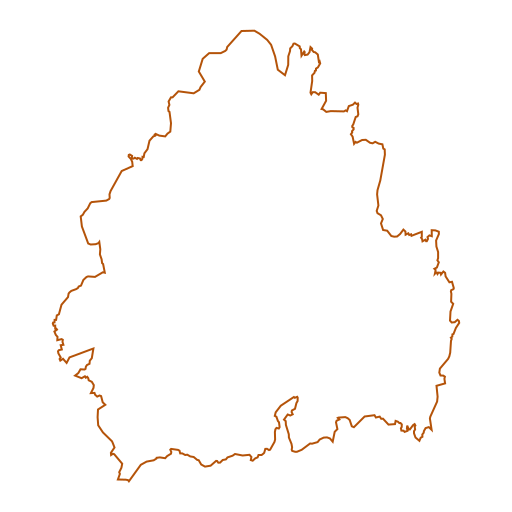 Jesús María, Jalisco, Mexico (Equal Earth projection)
{"feature_id": "50627088B74441524279914", "entity_name": "Jesús María", "entity_type": "district", "adm_level": 2, "iso_a3": "MEX", "parent_name": "Mexico", "parent_adm1": "Jalisco", "projection": "equal_earth", "projection_center": [-102.134, 20.649], "detail": "fine", "context": "isolated", "style": "outline", "palette": "amber", "viewbox_px": 512, "rotation_deg": 0, "n_neighbors": 0, "source": "geoboundaries", "source_scale": "gbopen_adm2", "svg_char_len": 5967}
<svg xmlns="http://www.w3.org/2000/svg" viewBox="0 0 512 512"><path d="M293.5,43.7L292.4,46.2L290.2,48.4L290.0,51.1L288.3,56.3L288.2,64.9L285.0,75.2L277.8,69.7L275.1,56.4L271.1,44.8L267.2,39.9L259.5,33.7L254.4,30.7L241.5,31.0L227.2,47.0L226.6,49.6L225.3,50.9L220.8,53.1L209.2,53.1L202.7,58.8L198.8,71.5L204.8,81.6L200.6,87.0L199.4,89.8L193.7,93.3L178.4,91.3L172.6,97.3L171.0,97.3L168.6,101.5L169.4,104.9L168.1,107.7L168.3,109.6L168.5,111.1L169.5,111.9L171.0,123.2L170.3,131.6L167.5,133.6L165.2,136.4L159.3,135.6L156.5,134.3L156.0,134.9L155.5,134.0L154.6,134.6L154.7,135.9L153.3,136.4L149.5,140.7L147.5,149.2L144.4,153.3L143.7,157.0L142.5,156.8L142.4,158.8L141.5,160.1L140.7,160.1L140.0,158.5L137.7,158.0L137.0,158.9L134.8,157.7L133.6,158.6L131.7,158.6L132.1,155.9L129.8,154.5L128.8,154.9L128.6,156.5L130.9,159.0L132.2,161.8L132.7,166.1L121.7,171.0L110.6,191.0L109.5,194.3L109.7,197.9L109.2,199.0L106.3,200.6L91.6,202.1L90.2,203.3L87.7,208.4L84.5,211.8L82.8,214.8L80.7,216.4L81.9,226.5L88.2,243.5L90.6,244.5L95.7,244.2L98.5,243.1L99.3,242.0L100.3,249.3L99.9,254.4L101.6,259.3L102.1,263.1L103.1,264.0L104.8,272.7L102.8,272.3L95.0,276.9L88.1,276.4L86.5,277.0L83.4,279.9L81.0,285.6L78.7,286.5L77.9,288.0L76.2,289.1L71.3,290.9L69.4,292.5L68.6,293.6L68.0,297.1L61.5,304.7L58.9,314.3L56.8,315.4L56.1,319.9L54.6,319.9L54.5,322.4L53.1,322.6L52.8,323.6L53.6,325.7L55.2,325.6L55.2,328.6L56.3,328.6L57.0,329.6L54.4,331.5L55.8,334.9L57.5,336.8L57.3,340.2L61.6,339.1L62.8,339.8L62.5,341.9L63.4,344.8L60.7,345.2L61.8,349.5L58.8,350.2L58.0,351.3L58.4,353.4L60.7,357.4L59.6,359.0L60.3,360.6L63.0,358.8L66.6,362.9L69.5,357.4L93.4,348.5L91.8,358.2L89.8,360.7L89.5,363.8L87.0,365.0L85.9,366.6L85.5,368.9L84.6,369.5L80.5,369.3L78.3,373.1L75.1,375.6L81.6,378.2L84.9,376.3L85.8,377.7L87.2,376.8L88.2,378.1L88.7,380.3L91.8,381.8L93.8,385.1L93.5,387.9L90.9,393.1L94.5,392.9L95.1,394.7L97.2,396.6L99.5,395.5L101.1,396.1L102.7,402.3L105.3,404.8L98.0,409.5L97.6,417.2L98.2,425.3L102.9,432.4L112.0,441.3L112.8,443.1L114.5,447.5L110.9,452.8L111.1,455.0L112.9,453.8L114.2,454.2L122.2,463.7L121.4,467.8L119.2,472.2L119.9,473.9L117.9,479.5L125.7,479.7L128.0,480.1L128.9,481.3L140.8,464.8L146.6,461.6L153.7,460.3L156.4,458.6L156.6,457.8L159.9,457.4L165.2,458.2L167.1,456.1L171.0,453.7L171.3,452.0L170.3,449.7L171.1,448.9L178.1,449.9L179.5,450.7L180.2,453.4L182.3,453.4L185.2,455.0L187.3,454.7L190.2,456.4L193.7,457.0L197.2,459.9L198.7,460.2L201.2,464.5L205.0,466.6L210.6,465.7L216.1,460.9L217.1,461.0L218.3,462.7L220.1,462.6L222.7,460.0L225.9,459.4L227.5,457.4L232.6,455.7L235.0,454.0L242.6,455.5L249.5,454.8L251.4,457.0L250.8,460.1L252.7,460.7L255.3,458.3L257.6,457.4L258.5,455.0L261.6,455.0L263.4,453.6L264.2,452.8L265.3,448.9L267.0,448.8L269.0,450.1L270.1,449.7L274.5,441.9L275.1,439.5L274.9,432.0L275.4,429.3L276.5,427.9L278.8,428.5L279.6,427.1L279.0,422.3L277.9,421.0L276.4,416.7L274.8,415.9L275.7,412.3L280.8,405.7L293.9,397.0L294.8,397.8L297.2,396.8L297.7,397.7L297.6,401.0L296.4,403.1L295.0,408.8L291.9,410.5L291.6,412.0L292.7,414.3L290.3,415.5L287.7,414.5L284.0,419.6L285.7,421.1L285.9,424.9L288.8,434.3L288.9,437.5L291.5,443.9L292.1,447.3L291.7,449.7L292.2,450.9L295.2,451.8L296.9,451.8L301.7,449.8L310.1,443.5L312.0,443.7L317.6,442.1L319.7,439.5L323.7,437.6L327.0,437.4L329.9,438.4L332.7,441.7L334.7,431.8L337.4,429.1L336.0,422.3L336.6,420.7L339.3,419.5L337.8,417.9L338.4,417.6L345.3,417.1L347.7,418.2L349.7,420.0L351.8,426.3L353.9,427.2L364.6,416.5L374.5,415.2L375.9,417.5L379.7,416.6L381.2,418.8L383.0,418.7L388.5,424.6L395.0,424.1L395.6,420.9L397.9,421.7L399.4,423.1L400.5,423.0L401.8,424.4L401.7,427.0L400.9,428.3L401.4,430.6L403.6,430.7L404.6,431.9L407.6,430.8L407.9,430.1L406.9,428.8L407.2,425.6L408.7,429.2L409.8,429.5L413.1,425.1L414.6,424.1L415.4,425.5L414.7,426.6L415.1,429.5L414.0,431.2L414.0,433.3L415.5,437.5L419.4,440.8L420.7,437.7L422.4,436.8L422.3,434.5L423.7,432.7L423.9,431.1L425.6,428.1L428.8,427.1L431.6,429.8L429.9,418.5L430.3,416.7L437.1,401.6L437.6,396.7L436.5,385.8L445.1,383.4L444.4,378.8L444.9,376.7L443.3,375.6L440.5,375.5L439.3,372.6L439.9,368.6L448.1,358.9L449.3,356.4L450.2,352.7L451.0,340.8L451.7,338.9L450.9,337.7L452.3,336.6L452.4,334.4L453.5,334.0L455.9,327.9L459.2,322.9L458.9,321.0L457.5,319.8L454.7,322.2L451.7,322.5L450.0,320.6L450.5,311.5L453.2,303.8L451.1,301.7L451.4,293.8L450.9,291.5L451.2,290.2L453.4,289.2L453.8,288.1L452.0,281.8L449.4,282.3L445.6,276.4L445.1,272.8L443.4,271.5L441.0,274.5L440.6,272.8L438.5,272.6L437.5,274.0L436.8,272.5L436.1,272.4L434.9,273.7L435.6,270.0L434.4,268.8L436.9,267.5L438.8,262.3L437.4,260.3L438.1,258.2L438.1,252.0L436.4,246.5L436.1,240.5L438.9,234.0L438.8,231.7L435.4,230.4L431.7,230.2L431.8,236.2L429.4,235.4L427.5,237.1L428.0,238.9L426.8,241.2L426.1,241.2L425.4,239.7L422.5,241.3L422.1,239.1L421.1,237.7L421.8,237.0L421.8,231.8L411.5,235.8L411.1,234.3L409.2,235.0L408.3,233.3L405.6,234.7L405.4,231.5L403.4,229.6L400.1,234.0L397.1,236.5L394.2,236.7L391.3,236.0L387.2,230.7L383.1,230.0L381.0,223.4L382.8,219.0L381.0,215.3L377.5,213.2L376.7,210.9L378.4,205.5L377.1,194.4L377.5,190.2L380.3,180.4L384.9,154.7L384.7,149.4L383.3,148.6L382.4,144.3L378.7,143.6L375.2,141.8L372.6,143.3L370.1,142.8L365.8,139.8L362.1,140.0L356.9,142.7L355.6,141.9L354.1,143.8L352.6,136.6L350.9,134.2L352.2,132.5L352.0,131.2L353.6,129.4L353.6,127.9L352.4,127.3L352.2,126.1L353.3,124.3L355.7,117.0L357.5,116.3L358.3,114.3L357.5,107.7L358.3,104.7L358.0,103.5L356.5,104.0L355.0,102.6L352.9,104.7L348.8,106.1L347.0,111.2L345.7,110.4L343.9,111.4L330.8,111.1L326.3,111.9L323.2,109.4L321.6,109.0L326.1,100.8L325.8,93.1L320.2,92.7L318.7,94.7L315.2,92.2L312.7,92.2L311.3,94.3L310.5,92.7L312.2,81.0L312.1,75.4L314.5,72.8L314.9,70.9L315.9,70.5L316.0,68.6L317.9,67.4L320.2,63.4L319.6,61.2L318.9,61.8L317.8,54.5L315.2,52.3L313.7,52.0L311.9,49.9L312.1,48.6L310.5,47.1L309.5,52.2L307.6,54.6L304.8,55.1L304.3,54.1L304.7,52.1L304.2,51.5L301.5,55.7L301.0,49.3L299.8,48.1L299.7,46.4L294.8,43.5L293.5,43.7Z" fill="none" stroke="#b45309" stroke-width="2"/></svg>